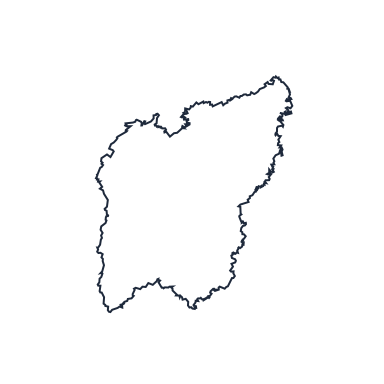 Rangpur, Rangpur, Bangladesh, rotated 230°
{"feature_id": "16705992B34260815515495", "entity_name": "Rangpur", "entity_type": "district", "adm_level": 2, "iso_a3": "BGD", "parent_name": "Bangladesh", "parent_adm1": "Rangpur", "projection": "equal_earth", "projection_center": [89.232, 25.633], "detail": "fine", "context": "isolated", "style": "outline", "palette": "slate", "viewbox_px": 384, "rotation_deg": 230, "n_neighbors": 0, "source": "geoboundaries", "source_scale": "gbopen_adm2", "svg_char_len": 6099}
<svg xmlns="http://www.w3.org/2000/svg" viewBox="0 0 384 384"><g transform="rotate(230 192 192)"><path d="M207.0,331.7L208.9,332.4L209.9,331.5L210.6,332.6L217.3,332.5L218.8,331.1L221.4,332.1L222.2,331.0L224.0,331.9L224.2,330.8L226.5,330.5L225.9,329.5L227.6,328.2L226.9,324.0L226.3,324.2L226.0,325.7L224.5,326.3L222.6,323.1L225.6,320.1L227.6,320.6L227.9,316.9L225.7,316.7L225.8,314.4L227.3,310.1L226.5,307.1L226.7,304.1L227.1,302.6L230.4,301.5L229.1,299.1L230.6,296.4L232.1,296.1L233.4,294.3L233.5,292.0L234.4,290.8L233.8,288.9L236.8,287.4L237.7,286.0L237.5,282.9L238.8,282.3L238.2,281.3L237.4,281.7L237.6,279.9L238.5,280.0L239.4,278.0L237.6,276.6L238.5,274.0L238.4,271.7L241.8,272.5L244.3,262.9L246.1,263.6L247.2,261.9L249.3,263.7L250.3,262.8L250.5,261.2L251.9,260.6L252.6,258.1L254.0,258.8L255.1,253.4L257.8,252.9L256.9,247.5L258.5,246.3L257.5,245.2L257.1,242.9L260.4,240.5L258.5,238.8L258.2,240.2L255.2,239.3L255.6,237.9L257.9,237.2L258.1,236.3L256.4,236.5L257.0,235.2L256.5,231.8L255.7,232.2L255.2,234.0L253.5,234.6L253.4,232.8L252.6,232.4L250.3,235.9L249.5,235.4L249.9,233.5L248.4,232.7L246.3,234.4L245.3,233.5L245.6,231.6L246.3,232.9L248.2,230.4L246.4,230.2L246.1,228.0L248.7,227.1L248.2,226.3L246.0,226.8L247.2,225.6L246.9,218.7L248.6,216.0L248.6,210.7L254.7,211.0L255.3,209.2L256.2,209.7L256.4,212.1L258.0,212.4L259.9,210.0L261.6,210.2L261.7,209.2L262.9,209.4L263.4,207.8L264.4,208.2L264.7,207.0L266.6,207.2L266.9,206.4L267.7,206.8L267.4,209.0L271.1,212.7L272.1,216.0L274.1,215.9L274.7,214.8L274.1,213.9L275.4,211.8L273.0,209.9L272.4,205.9L274.2,199.6L275.2,199.4L276.2,201.5L276.9,201.0L275.1,196.5L275.5,196.0L277.1,197.8L278.6,198.1L282.9,196.1L283.1,195.2L282.3,193.7L283.1,191.5L287.3,185.2L286.4,184.8L285.7,182.7L285.7,185.2L284.3,184.3L281.9,187.2L282.0,181.1L281.5,180.6L280.5,181.3L280.4,180.6L282.2,170.4L282.1,169.5L281.1,169.3L280.6,167.4L280.2,163.9L280.7,160.8L278.5,156.4L275.0,158.2L273.4,158.1L271.2,152.0L275.4,151.0L276.1,144.4L273.9,142.0L271.9,142.3L271.7,140.8L269.8,141.2L269.2,138.8L269.6,137.3L266.3,131.2L266.3,130.3L265.5,130.1L264.3,127.4L262.7,128.5L263.2,127.7L262.7,127.2L261.8,128.4L260.4,126.7L259.2,128.3L259.1,127.1L253.7,126.5L253.7,123.6L250.4,124.9L247.2,123.4L240.0,122.4L235.4,117.4L235.2,114.2L234.2,113.8L232.5,114.5L229.7,112.5L228.0,112.7L227.6,112.1L228.5,110.9L228.0,109.8L226.3,108.0L225.2,108.2L223.8,105.8L224.0,100.4L221.8,97.7L218.1,97.2L217.1,94.4L214.7,93.5L214.1,91.6L210.7,87.7L209.6,83.9L210.2,83.8L210.3,83.7L208.3,83.1L207.2,81.0L205.4,81.1L204.3,82.8L201.8,83.6L200.1,80.6L198.0,80.7L196.5,79.2L192.5,77.5L188.9,72.2L188.6,69.8L187.9,71.1L187.1,71.0L185.2,67.9L185.0,65.5L182.4,63.0L181.7,60.3L180.5,60.0L179.1,61.6L175.4,57.5L174.0,57.2L173.0,58.2L167.9,57.0L163.3,52.5L161.2,53.0L160.4,52.4L158.1,54.1L155.6,51.6L153.7,51.4L152.5,52.3L153.1,55.1L151.0,60.5L150.8,62.9L148.3,64.3L150.3,65.8L150.8,64.7L151.5,64.9L150.2,67.7L150.4,68.4L151.1,68.2L151.3,69.7L150.2,72.4L151.3,74.1L149.4,77.3L149.9,80.5L150.8,80.1L151.9,80.9L153.9,85.2L155.2,85.4L154.8,87.3L150.9,89.9L151.3,93.2L149.0,95.5L150.3,100.0L146.1,102.3L146.4,107.8L147.4,109.4L147.1,110.3L146.6,109.6L144.7,110.6L144.3,108.3L138.2,107.3L137.6,108.2L136.5,108.3L136.4,109.9L134.0,112.5L134.0,113.8L132.1,116.3L132.3,114.7L130.6,115.0L129.0,113.8L123.3,114.4L123.0,113.3L120.8,115.7L119.3,115.0L120.1,116.4L117.7,116.7L115.6,115.6L114.2,118.5L110.3,118.5L107.7,116.0L105.1,115.8L104.3,117.3L102.4,117.4L100.7,118.9L101.4,119.5L100.5,120.7L102.0,121.6L103.7,120.2L104.4,120.5L105.1,123.6L106.3,124.9L104.5,126.6L106.5,127.0L106.6,128.2L105.1,130.0L105.2,130.7L102.9,130.8L102.1,133.0L101.5,132.1L101.1,135.1L101.7,135.3L101.5,136.7L99.9,136.9L100.0,137.6L101.6,137.8L100.9,139.0L101.5,141.6L103.2,141.2L104.0,142.4L104.2,145.7L103.5,145.9L104.4,147.0L103.0,146.4L102.4,147.0L102.6,145.8L101.5,146.0L100.0,149.7L101.7,151.0L101.7,152.4L96.9,154.9L97.2,157.2L96.7,158.9L100.4,167.3L99.5,168.4L100.1,170.8L103.1,171.4L104.5,172.8L105.8,170.8L107.3,170.7L108.5,175.4L111.6,176.1L110.3,179.8L111.1,181.4L112.7,181.8L115.8,180.2L118.0,181.3L117.8,182.6L118.6,183.2L118.0,184.0L119.2,184.0L119.1,184.8L116.7,185.7L117.0,187.4L115.9,188.1L118.2,189.1L118.5,190.6L119.5,191.5L119.6,192.3L118.1,192.8L118.0,195.3L119.3,196.7L118.4,197.5L119.4,198.5L119.5,197.5L120.2,198.4L122.0,197.9L122.5,198.8L121.7,199.8L123.0,200.3L122.8,201.8L123.6,204.7L126.2,204.6L127.3,203.5L128.9,204.7L130.7,204.2L132.7,206.6L133.3,209.2L132.4,211.0L132.7,212.7L133.8,213.4L134.8,211.5L136.2,212.0L136.4,210.5L137.3,211.5L137.8,210.7L142.8,212.4L143.3,213.1L143.1,215.4L144.1,215.3L149.6,219.5L151.1,218.4L151.3,221.0L148.0,228.9L150.3,229.7L150.1,232.4L151.6,233.5L150.7,236.2L151.8,239.8L151.3,241.1L153.5,242.1L151.6,242.2L151.6,243.0L152.3,244.2L153.3,242.9L154.7,245.4L153.5,244.2L152.2,244.4L152.2,245.2L153.4,245.4L153.6,246.8L152.2,247.5L152.1,248.8L151.3,248.0L150.8,250.4L151.8,251.9L151.0,252.3L152.7,253.5L151.3,254.5L153.2,254.6L153.7,255.9L151.5,258.7L152.1,259.9L154.1,260.4L154.8,264.3L156.0,263.8L156.5,261.6L157.4,261.1L156.9,264.6L157.9,264.2L159.6,265.6L157.1,265.6L155.1,266.7L154.9,267.6L156.5,267.8L157.2,269.1L158.0,268.3L159.5,271.2L159.5,269.8L162.0,270.4L160.3,272.8L162.0,273.2L162.6,274.8L165.3,275.8L166.4,279.7L165.4,283.1L166.2,284.7L164.3,285.2L162.3,283.9L161.9,285.0L165.2,286.6L167.1,285.9L168.4,288.6L166.5,287.7L166.0,288.0L166.4,288.7L168.6,289.3L169.8,287.8L170.4,290.2L172.7,287.9L174.1,289.4L174.1,291.0L176.6,291.8L177.8,295.8L179.4,294.2L182.1,294.7L181.7,292.5L182.2,292.6L183.2,293.7L183.6,295.9L186.4,298.3L186.9,300.0L184.9,303.6L183.6,303.6L184.6,305.1L189.6,305.0L189.7,306.0L188.5,307.6L189.5,307.9L191.5,306.7L191.0,304.5L192.2,304.2L192.9,304.9L193.4,308.0L191.7,308.7L192.1,310.2L194.0,311.2L196.1,310.2L192.2,313.2L193.7,314.4L193.5,315.5L191.0,313.5L191.2,312.4L188.3,318.7L190.0,319.5L191.3,316.1L192.6,318.4L195.9,317.9L195.6,319.6L192.8,321.3L193.5,324.2L198.8,325.8L200.7,322.7L201.5,322.5L202.2,324.4L201.1,324.9L199.4,327.8L200.5,328.0L202.3,326.8L203.8,329.8L207.6,331.5L207.0,331.7Z" fill="none" stroke="#1e293b" stroke-width="2"/></g></svg>